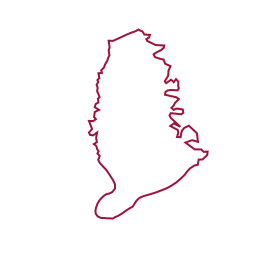 the district of Tiradentes do Sul, Rio Grande do Sul, Brazil, rotated 225°
{"feature_id": "56859067B95685031401719", "entity_name": "Tiradentes do Sul", "entity_type": "district", "adm_level": 2, "iso_a3": "BRA", "parent_name": "Brazil", "parent_adm1": "Rio Grande do Sul", "projection": "albers", "projection_center": [-54.122, -27.357], "detail": "fine", "context": "isolated", "style": "outline", "palette": "rose", "viewbox_px": 256, "rotation_deg": 225, "n_neighbors": 0, "source": "geoboundaries", "source_scale": "gbopen_adm2", "svg_char_len": 2055}
<svg xmlns="http://www.w3.org/2000/svg" viewBox="0 0 256 256"><g transform="rotate(225 128 128)"><path d="M182.5,205.7L186.3,206.5L188.2,205.5L190.3,205.0L191.1,201.7L192.6,198.7L194.5,194.4L200.1,179.2L203.4,176.0L197.9,171.9L196.6,169.3L192.6,166.3L191.5,163.4L190.1,160.6L189.1,156.5L187.8,153.9L187.7,149.9L185.4,148.5L187.6,145.8L183.6,143.1L183.5,140.2L181.5,139.5L180.9,136.5L177.8,134.9L176.0,132.3L170.0,129.8L169.9,127.5L167.0,125.1L167.8,122.2L166.3,119.2L161.3,120.3L162.8,115.8L159.7,111.7L157.0,111.6L157.5,108.3L160.6,105.4L152.7,101.9L152.4,97.1L149.8,96.3L147.4,98.2L146.7,103.0L143.5,98.4L140.0,96.0L140.8,92.5L137.7,92.9L135.0,91.3L132.3,90.8L131.6,88.4L128.1,88.1L126.6,84.5L123.5,83.4L118.2,83.1L115.7,83.1L113.5,83.0L108.3,82.0L105.7,81.4L102.2,80.7L97.3,79.0L94.4,76.0L93.8,71.7L94.7,68.9L96.6,65.6L97.2,62.8L97.2,59.4L97.0,56.7L96.1,53.0L94.2,48.9L92.3,46.2L90.0,44.5L87.0,44.1L83.6,45.2L81.1,47.6L78.8,49.5L76.9,51.3L74.6,53.3L74.1,55.9L72.9,58.8L71.6,64.1L71.0,68.1L70.1,72.3L69.1,75.6L69.7,78.5L70.6,82.5L70.6,85.7L69.8,88.7L68.1,92.2L65.8,96.3L63.2,101.1L61.6,104.5L60.3,107.5L58.7,111.1L57.5,114.4L56.3,119.0L55.4,123.5L54.9,129.8L54.8,135.0L55.4,138.6L55.6,143.0L54.6,148.3L52.6,151.4L55.7,155.6L53.1,158.4L52.8,164.8L55.0,167.6L57.6,164.7L61.2,164.5L65.7,160.0L77.1,158.3L74.1,164.7L68.8,167.7L75.5,173.0L86.6,172.7L88.3,167.8L88.0,164.3L86.6,161.8L84.3,158.7L87.0,156.3L89.1,160.2L91.4,161.8L99.5,159.3L98.9,163.6L91.8,165.9L104.7,165.4L107.5,166.2L108.2,168.8L100.0,175.4L99.7,177.9L102.3,179.8L107.2,176.3L108.6,173.0L111.5,173.0L111.6,176.3L112.6,179.2L112.4,182.1L112.5,184.4L115.4,184.0L125.3,177.7L127.0,180.1L126.6,182.4L124.5,185.3L119.5,189.7L120.3,192.1L122.3,193.2L125.0,196.3L128.6,196.5L128.1,192.7L131.7,192.6L132.7,186.7L135.0,187.0L136.6,193.5L139.9,197.2L141.7,201.8L147.2,199.7L151.2,201.6L154.1,199.7L159.1,197.2L162.0,198.2L161.6,200.6L159.7,206.7L159.4,210.0L160.8,211.9L167.1,206.2L175.8,203.2L177.9,203.8L177.1,206.9L178.3,209.4L182.5,205.7Z" fill="none" stroke="#9f1239" stroke-width="2"/></g></svg>